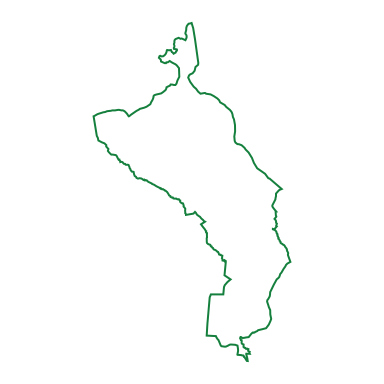 outline of Archis, Arad, Romania, rotated 270°
{"feature_id": "2599482B89375276768530", "entity_name": "Archis", "entity_type": "district", "adm_level": 2, "iso_a3": "ROU", "parent_name": "Romania", "parent_adm1": "Arad", "projection": "mercator", "projection_center": [22.118, 46.506], "detail": "fine", "context": "isolated", "style": "outline", "palette": "green", "viewbox_px": 384, "rotation_deg": 270, "n_neighbors": 0, "source": "geoboundaries", "source_scale": "gbopen_adm2", "svg_char_len": 6052}
<svg xmlns="http://www.w3.org/2000/svg" viewBox="0 0 384 384"><g transform="rotate(270 192 192)"><path d="M355.8,193.2L361.0,191.6L360.5,190.1L360.3,188.7L359.5,187.9L357.9,186.8L356.2,186.3L353.9,186.2L351.0,185.4L350.3,185.4L349.0,186.3L348.1,186.6L346.7,186.6L345.4,186.2L343.8,185.4L344.8,183.3L345.5,181.7L345.2,180.5L346.2,178.7L345.0,175.7L344.5,175.1L343.8,174.6L342.9,174.4L341.2,174.4L339.9,173.9L339.5,174.0L338.4,174.4L337.7,174.4L337.0,174.3L336.0,173.8L335.5,173.9L335.1,174.0L334.6,176.8L334.1,177.0L333.4,176.9L332.5,176.0L331.5,175.7L330.3,173.6L331.1,173.0L331.8,172.3L332.0,171.8L334.0,170.9L333.7,169.0L334.0,167.1L333.5,166.8L331.9,166.5L330.3,165.8L329.3,165.1L328.4,164.1L327.7,163.1L327.6,161.5L328.2,160.2L327.8,159.5L326.2,158.9L324.7,160.5L324.0,160.9L322.5,161.0L320.9,164.6L320.9,166.0L321.7,166.4L321.7,167.8L323.0,169.7L321.6,171.8L320.5,173.9L319.7,175.5L318.6,176.8L315.8,179.0L307.2,179.3L303.4,177.4L300.4,176.5L299.0,175.4L299.0,174.0L299.4,172.4L299.5,170.6L298.4,170.0L297.4,167.8L296.7,166.5L295.4,166.3L293.9,165.5L292.0,163.2L290.6,161.2L289.4,156.0L288.8,154.3L287.8,153.5L286.9,153.5L285.2,153.0L283.5,152.2L281.9,151.2L279.8,150.3L277.3,146.6L276.3,144.2L275.1,139.8L274.3,138.8L273.1,136.5L269.3,131.0L267.8,129.2L267.7,128.7L270.4,126.9L272.5,124.9L273.4,123.5L273.7,122.3L273.6,121.6L274.1,119.2L274.1,117.9L273.6,115.0L273.6,112.3L273.2,110.8L272.8,107.1L272.0,105.2L271.7,103.3L270.3,98.8L269.8,97.4L268.1,94.5L267.7,93.6L248.1,96.8L246.2,97.8L243.5,98.4L241.6,102.0L240.7,104.4L238.9,106.3L237.5,106.2L235.0,108.4L233.1,107.9L232.0,108.7L230.5,110.1L229.4,111.3L229.4,112.8L228.9,115.8L228.3,116.5L224.6,118.4L224.5,119.2L223.9,119.1L223.5,119.9L221.9,120.3L222.2,121.3L221.9,122.5L220.9,123.2L220.2,123.9L220.1,125.1L219.3,125.6L219.2,126.8L219.3,127.4L219.1,128.5L216.8,129.5L215.7,129.7L215.1,130.3L214.0,130.6L212.4,131.8L212.3,132.9L212.1,133.6L210.0,134.0L208.0,134.7L207.2,136.0L206.1,136.5L205.4,138.0L205.8,139.5L205.5,141.4L204.7,142.7L204.0,143.4L204.4,144.3L203.6,144.9L203.9,145.6L203.6,145.9L203.7,146.7L203.2,147.1L202.1,148.4L200.5,151.8L200.1,152.0L199.2,154.2L197.8,156.3L196.2,159.5L195.4,160.4L195.8,160.8L194.9,161.8L194.7,162.1L194.9,162.9L194.4,163.5L194.1,164.3L193.4,164.9L193.4,165.4L191.9,167.2L189.5,168.7L188.6,169.1L187.9,170.4L187.1,170.5L186.4,172.0L186.6,172.7L186.5,172.9L185.6,173.3L185.5,173.6L185.5,174.1L185.3,175.0L185.5,176.0L184.7,177.4L184.8,178.5L184.7,179.0L184.0,179.3L183.7,179.6L183.5,180.2L182.5,180.1L182.1,180.2L180.8,181.6L180.8,182.6L180.5,183.1L179.8,183.2L178.7,183.7L177.9,183.5L177.1,183.8L176.6,184.4L175.2,185.3L173.3,185.1L171.5,185.3L170.9,185.2L169.8,186.0L169.1,186.0L170.4,193.5L172.1,195.0L171.2,195.9L169.9,196.6L169.2,197.1L167.8,199.0L167.2,200.0L165.5,201.3L163.9,203.2L163.0,203.8L162.3,205.0L159.7,201.0L157.5,202.6L154.5,205.0L153.1,205.7L152.8,206.2L151.8,206.0L151.2,206.4L150.9,207.0L149.5,206.9L146.4,207.0L145.9,206.7L141.9,206.8L141.0,207.0L140.1,207.9L139.6,208.9L139.3,210.1L139.0,210.4L138.4,210.5L137.7,210.8L137.7,211.5L136.4,212.2L136.0,213.0L135.1,213.3L134.5,213.9L134.3,214.3L134.1,215.1L133.6,215.9L133.2,216.5L132.1,217.5L132.0,218.1L130.5,218.8L129.5,219.1L129.2,219.9L129.3,220.5L128.9,220.7L128.9,221.0L128.6,221.7L128.1,222.0L128.1,222.3L126.4,222.1L125.8,221.9L125.5,222.1L124.3,222.6L123.5,222.5L123.4,222.8L123.3,223.3L123.7,223.5L123.4,224.0L123.6,224.4L123.4,224.5L123.7,224.6L123.1,225.7L122.2,225.8L108.7,224.5L104.6,230.6L102.0,227.5L98.9,224.8L97.0,224.0L89.6,223.3L89.6,210.9L86.7,209.7L60.1,207.4L48.4,206.7L47.9,215.9L46.4,216.5L45.7,217.1L44.9,217.5L43.9,218.5L38.6,220.7L37.8,221.4L37.3,225.0L37.5,226.2L38.3,227.9L39.3,229.7L39.5,230.8L39.2,235.2L38.4,237.5L35.2,238.0L33.1,238.1L29.3,237.4L29.2,237.5L28.9,241.3L28.7,241.6L28.5,243.4L27.4,243.8L27.5,244.1L23.1,246.8L23.0,247.7L24.9,247.4L25.3,246.9L25.7,247.3L30.0,246.2L30.3,246.3L30.2,249.8L31.0,249.4L32.2,249.7L32.5,248.9L33.2,248.1L34.9,248.4L35.1,247.7L35.0,247.1L35.4,246.9L35.3,245.8L36.1,245.3L36.1,244.7L36.2,244.4L36.7,244.1L36.9,243.6L37.5,243.5L39.5,243.6L40.0,242.5L40.4,241.8L41.1,241.6L42.4,241.7L43.8,241.6L43.9,240.9L45.1,240.5L45.7,240.1L46.8,240.4L47.0,240.6L47.0,240.9L46.2,242.1L46.0,242.8L46.3,245.0L46.5,245.7L46.9,248.7L50.2,251.3L51.4,252.6L51.5,252.9L51.3,253.0L51.2,253.4L51.5,254.6L52.0,255.1L52.9,257.2L53.8,258.1L54.8,262.3L55.8,266.1L59.4,268.8L62.9,270.4L65.1,271.2L69.5,270.3L73.9,270.2L76.8,268.9L79.1,268.2L82.4,267.1L83.8,267.3L85.1,268.3L87.6,269.7L89.3,270.0L91.9,270.2L99.5,273.9L104.6,276.7L106.1,278.5L107.1,279.3L110.1,280.3L111.3,281.4L115.3,283.7L117.5,285.3L119.0,286.0L120.4,287.3L122.1,290.4L128.8,288.0L129.3,287.9L130.9,288.2L132.1,287.7L132.8,287.2L133.6,287.1L134.2,286.8L134.7,286.9L135.5,286.5L137.4,285.0L138.2,284.7L138.9,284.1L139.0,283.7L139.5,282.8L140.0,282.5L140.3,281.9L140.4,281.5L141.1,280.6L141.5,280.4L142.0,280.6L143.1,279.9L143.2,279.6L144.2,279.4L144.8,279.0L145.3,278.3L146.2,278.6L146.9,278.1L147.8,277.9L148.0,277.5L148.6,277.4L149.4,277.5L149.7,277.2L150.2,277.3L151.1,276.5L151.8,276.5L152.6,276.2L153.9,275.0L154.7,272.9L155.1,272.9L154.7,274.3L157.6,276.8L158.0,276.2L158.4,276.2L160.3,276.9L161.2,276.1L162.3,276.1L163.6,275.8L165.1,274.5L167.3,276.3L167.7,276.3L168.3,275.9L172.6,275.6L172.6,276.1L175.4,273.8L176.9,272.7L178.0,272.3L178.7,272.4L184.6,275.4L185.7,275.5L187.9,276.0L190.4,276.0L192.8,278.1L194.0,279.3L195.0,281.7L205.4,269.6L205.8,268.3L210.2,265.1L215.7,257.2L221.1,253.9L226.0,252.0L231.5,248.6L234.5,245.6L236.2,244.5L238.8,241.6L239.8,238.9L239.9,237.4L241.5,235.4L243.1,234.7L247.5,234.3L252.6,235.1L258.9,235.0L264.6,234.0L267.1,232.9L269.6,232.5L271.6,231.8L272.8,231.0L274.2,229.8L277.1,226.2L279.0,224.7L281.7,220.1L283.7,219.2L285.5,217.4L287.9,213.8L289.6,210.6L290.3,206.0L290.9,205.4L291.0,204.6L290.3,200.5L292.4,198.1L295.2,196.1L297.3,193.7L302.1,190.2L306.4,188.2L308.5,189.0L309.6,190.1L310.7,192.6L313.2,194.6L317.0,195.5L319.2,198.1L321.1,198.3L344.8,195.0L355.8,193.2Z" fill="none" stroke="#15803d" stroke-width="2"/></g></svg>